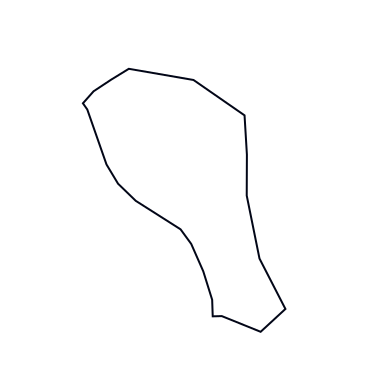 map outline of Sumqayıt (Albers equal-area conic projection), rotated 209°
{"feature_id": "AZE-1717", "entity_name": "Sumqayıt", "entity_type": "Municipality", "adm_level": 1, "iso_a3": "AZE", "parent_name": "Azerbaijan", "parent_adm1": "", "projection": "albers", "projection_center": [49.598, 40.601], "detail": "fine", "context": "isolated", "style": "outline", "palette": "ink", "viewbox_px": 384, "rotation_deg": 209, "n_neighbors": 0, "source": "natural_earth", "source_scale": "10m", "svg_char_len": 425}
<svg xmlns="http://www.w3.org/2000/svg" viewBox="0 0 384 384"><g transform="rotate(209 192 192)"><path d="M113.6,93.3L122.1,107.5L143.7,128.1L167.5,146.2L183.9,153.8L236.9,157.0L260.7,163.4L280.1,174.6L323.6,213.4L330.4,216.7L326.9,232.4L317.2,251.0L307.0,269.1L245.0,290.7L183.2,284.5L162.1,251.3L142.4,215.4L100.7,166.5L53.6,135.0L64.2,103.0L105.8,97.9L113.6,93.3Z" fill="none" stroke="#020617" stroke-width="2"/></g></svg>